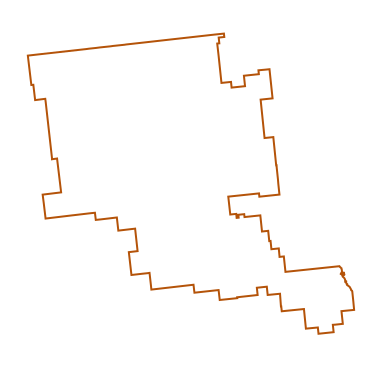 outline of Leonora, Western Australia, Australia, rotated 354°
{"feature_id": "25037944B70988604830145", "entity_name": "Leonora", "entity_type": "district", "adm_level": 2, "iso_a3": "AUS", "parent_name": "Australia", "parent_adm1": "Western Australia", "projection": "albers", "projection_center": [121.72, -28.394], "detail": "fine", "context": "isolated", "style": "outline", "palette": "amber", "viewbox_px": 384, "rotation_deg": 354, "n_neighbors": 0, "source": "geoboundaries", "source_scale": "gbopen_adm2", "svg_char_len": 3260}
<svg xmlns="http://www.w3.org/2000/svg" viewBox="0 0 384 384"><g transform="rotate(354 192 192)"><path d="M240.3,37.8L237.4,37.8L230.8,37.8L215.8,37.9L185.8,38.1L160.2,38.3L142.1,38.4L140.2,38.5L139.0,38.5L135.9,38.5L132.8,38.5L131.5,38.5L129.6,38.5L128.4,38.5L126.5,38.6L125.3,38.6L122.2,38.6L120.9,38.6L120.3,38.6L119.7,38.6L118.4,38.6L115.3,38.6L111.6,38.7L108.4,38.7L104.7,38.7L101.6,38.8L101.2,38.8L53.6,39.1L43.0,39.2L43.4,68.8L45.4,68.8L45.6,84.2L55.8,84.0L55.9,87.3L56.0,102.3L56.3,144.1L56.2,144.8L58.3,144.7L59.3,144.7L61.3,144.6L61.8,178.7L43.2,179.0L43.4,187.7L43.6,202.7L43.6,203.1L70.9,202.7L72.0,202.7L88.2,202.5L93.3,202.5L93.4,209.7L98.8,209.7L114.6,209.5L114.7,222.7L131.6,222.5L131.7,245.1L122.9,245.2L123.1,268.2L133.7,268.1L139.3,268.1L141.3,268.0L141.4,279.6L141.4,281.7L141.4,283.7L141.4,284.8L183.8,284.4L183.9,292.4L208.2,292.3L208.3,302.3L211.4,302.3L213.4,302.3L215.4,302.3L217.4,302.3L218.3,302.3L218.7,302.3L219.2,302.3L219.3,302.3L225.9,302.3L225.9,301.4L246.5,301.3L246.5,294.0L256.5,294.0L256.5,302.3L268.9,302.4L268.5,315.1L268.8,315.1L268.8,320.0L291.1,320.1L291.0,339.8L303.0,339.9L303.0,346.2L318.2,346.2L318.2,338.8L320.7,338.9L328.2,338.9L328.2,337.3L328.2,326.1L340.9,326.2L341.0,317.8L341.0,315.8L341.0,313.2L341.0,307.7L340.8,306.9L340.1,306.4L340.0,305.6L339.6,304.5L339.2,303.7L339.1,303.3L338.8,302.8L338.1,302.1L337.6,301.6L337.0,301.2L336.5,300.7L336.3,300.2L336.7,299.8L336.5,299.5L336.0,298.9L335.6,298.0L335.8,297.8L336.0,297.3L336.0,296.9L335.8,296.8L335.6,297.3L335.6,297.8L335.4,297.8L335.1,297.7L335.0,297.3L335.0,296.7L335.0,296.3L335.2,295.9L335.1,295.3L334.7,294.0L334.0,292.9L333.1,292.0L333.0,291.4L332.7,290.8L332.7,290.4L333.1,290.4L334.0,290.6L334.5,290.5L334.9,290.1L334.9,289.8L334.8,289.4L334.6,289.1L334.7,288.6L334.7,288.2L334.2,288.1L334.2,288.5L334.4,288.7L334.4,289.1L334.5,289.6L334.3,290.0L333.6,290.2L333.4,290.1L333.6,289.8L333.9,289.9L333.9,289.1L333.9,288.6L333.7,288.3L333.2,288.8L333.4,289.0L333.3,289.6L333.2,290.0L333.1,289.9L332.6,289.8L332.1,289.6L331.8,289.3L331.4,289.1L331.5,288.7L331.9,288.4L332.1,288.4L332.2,288.7L332.2,289.0L332.5,289.0L332.5,288.6L332.3,288.3L332.3,287.8L332.9,287.6L333.0,287.0L332.8,286.5L332.9,285.2L332.7,284.5L332.7,283.8L332.7,283.5L332.3,283.2L331.6,282.2L331.0,281.8L330.9,281.7L330.7,281.5L330.7,281.3L330.7,281.2L310.8,281.2L307.1,281.2L289.7,281.2L279.1,281.2L276.6,281.2L276.6,276.1L276.6,265.7L272.3,265.7L272.4,257.2L268.2,257.2L265.0,257.2L265.0,248.9L263.7,248.9L263.7,238.6L257.5,238.6L257.5,222.4L241.6,222.4L241.6,219.5L235.7,219.5L235.7,222.4L233.7,222.4L233.7,218.4L227.7,218.4L227.6,201.0L227.6,200.4L235.8,200.4L258.5,200.4L258.5,203.7L261.6,203.7L262.6,203.7L263.6,203.7L265.5,203.7L268.7,203.7L278.7,203.7L278.7,192.8L278.8,188.6L278.8,186.3L278.8,185.1L278.8,182.5L278.8,181.3L278.8,176.5L278.9,174.3L278.5,174.3L278.6,145.9L269.8,145.9L269.9,107.3L281.9,107.3L281.9,78.0L277.9,78.0L270.8,77.9L270.8,81.8L256.5,81.8L256.1,81.8L255.8,81.8L255.8,86.6L255.8,92.3L254.0,92.3L252.1,92.3L250.3,92.3L249.0,92.3L247.2,92.3L246.0,92.3L244.1,92.3L242.3,92.3L242.3,86.6L240.0,86.6L234.3,86.6L233.3,86.6L232.7,86.6L232.7,59.6L232.6,47.0L234.7,47.0L234.7,41.2L240.3,41.2L240.3,37.8Z" fill="none" stroke="#b45309" stroke-width="2"/></g></svg>